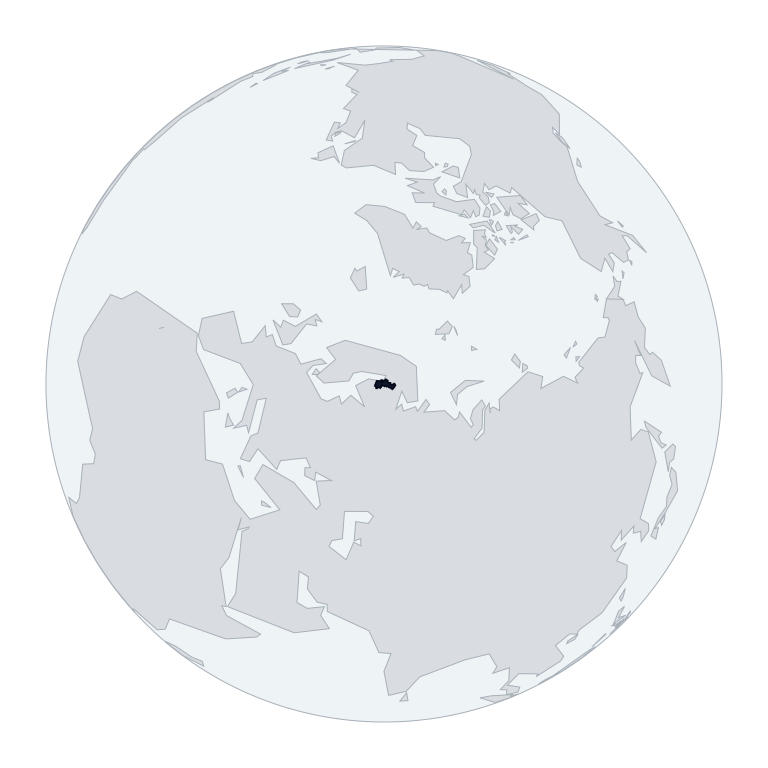 Northern Ostrobothnia highlighted on a globe, orthographic projection, rotated 56°
{"feature_id": "FIN-3180", "entity_name": "Northern Ostrobothnia", "entity_type": "Province", "adm_level": 1, "iso_a3": "FIN", "parent_name": "Finland", "parent_adm1": "", "projection": "orthographic", "projection_center": [26.371, 64.957], "detail": "medium", "context": "on_globe", "style": "filled", "palette": "ink", "viewbox_px": 768, "rotation_deg": 56, "n_neighbors": 0, "source": "natural_earth", "source_scale": "10m", "svg_char_len": 12835}
<svg xmlns="http://www.w3.org/2000/svg" viewBox="0 0 768 768"><g transform="rotate(56 384 384)"><circle cx="384" cy="384" r="338" fill="#eef3f6" stroke="#a8b0b8"/><path d="M75.5,246.2L83.2,230.6L137.8,152.8L147.4,143.1L153.9,138.3L203.8,106.0L167.5,125.9L180.8,115.7L197.5,105.6L195.4,108.0L216.2,99.3L232.5,91.4L258.2,87.7L275.0,98.8L265.4,100.7L270.5,103.5L282.9,101.5L289.8,99.6L324.3,110.2L365.3,111.0L378.2,104.3L375.5,111.7L399.8,94.8L422.1,92.9L396.9,99.5L394.4,103.7L409.5,104.3L410.1,108.9L417.8,111.9L417.2,117.4L402.6,121.4L401.9,125.2L412.6,125.5L418.8,131.5L403.2,130.5L412.3,141.1L389.6,150.7L348.2,145.2L335.4,156.9L292.5,168.3L296.3,172.6L282.5,180.3L281.7,188.3L274.0,188.6L280.1,194.7L287.3,193.0L292.4,195.2L292.6,199.9L282.8,200.9L281.2,198.7L278.5,201.5L273.5,200.1L276.1,203.4L264.1,204.4L276.2,210.4L266.8,217.1L258.8,215.9L259.5,206.9L242.6,183.2L234.7,180.0L222.9,184.1L201.0,210.7L192.4,211.3L180.8,218.7L185.6,222.3L196.3,217.9L202.4,226.9L214.8,220.9L219.1,223.9L232.0,221.8L230.1,232.1L221.4,243.4L210.6,245.9L206.4,251.1L216.8,257.2L196.8,270.4L183.8,294.4L178.6,297.0L168.3,286.3L168.1,264.6L154.7,252.4L163.4,270.7L150.3,277.6L148.2,283.3L148.9,289.1L153.9,290.7L149.4,295.5L139.2,278.7L143.1,274.2L146.3,279.3L146.1,269.4L139.1,259.0L133.0,263.7L128.8,244.3L124.4,247.6L121.1,245.5L128.4,241.4L115.2,248.6L109.4,229.9L91.2,243.2L109.0,221.5L115.3,209.4L121.3,196.2L118.3,198.0L130.4,179.3L134.5,167.2L125.8,170.2L113.6,183.1L101.1,202.7L102.0,204.5L95.6,218.3L90.2,219.0L77.2,246.4L72.8,252.8L67.6,265.3L63.6,277.2L58.8,293.4L58.8,297.7L57.3,310.9L53.6,319.0L55.7,321.0L52.9,333.8L52.1,366.6L51.2,365.8L50.1,403.5L54.7,438.6L55.8,451.9L54.7,451.9L57.6,463.9L57.7,466.5L74.9,513.8L88.1,542.5L90.7,550.7L87.0,545.3L76.5,524.1L67.5,502.3L60.0,480.0L54.1,457.1L49.8,433.9L47.1,410.5L46.1,386.9L46.7,363.3L49.0,339.8L52.9,316.5L58.4,293.6L60.4,287.2L63.0,278.8L63.6,276.7L75.5,246.2ZM86.8,245.6L72.4,281.8L75.8,265.1L76.0,267.3L80.6,257.2L87.7,240.9L92.0,227.3L86.8,245.6ZM91.0,252.9L93.1,247.2L91.7,252.3L91.0,252.9ZM292.8,98.1L283.1,101.1L271.7,101.4L279.6,98.3L292.8,98.1ZM314.6,99.2L310.2,101.6L304.9,97.5L309.0,97.4L314.6,99.2ZM387.3,98.8L379.3,99.2L386.9,97.3L387.3,98.8ZM418.9,111.4L421.0,109.9L424.1,112.2L418.9,111.4ZM232.2,216.3L232.0,219.0L229.7,218.0L232.2,216.3ZM237.8,213.0L235.2,209.9L237.5,207.9L239.1,209.8L237.8,213.0ZM426.1,122.8L430.4,127.1L423.5,123.4L426.1,122.8ZM240.6,217.3L241.9,204.8L246.0,201.3L255.5,206.0L240.6,217.3ZM431.3,130.1L442.0,140.9L447.5,138.4L437.9,152.0L432.0,138.0L422.5,133.7L429.5,133.5L431.3,130.1ZM289.5,190.4L281.8,192.5L288.0,186.5L289.5,190.4ZM292.2,186.1L304.0,165.5L315.5,165.1L309.2,171.9L323.9,168.2L323.7,178.1L315.6,182.4L308.2,180.6L313.8,185.8L292.2,186.1ZM430.9,158.1L431.3,161.4L428.0,158.7L430.9,158.1ZM294.9,195.6L296.3,191.4L306.3,190.6L305.4,199.1L302.5,196.6L294.9,195.6ZM327.8,162.6L335.1,163.7L337.0,172.0L340.1,173.6L324.7,178.4L327.8,162.6ZM300.3,199.1L304.7,203.5L300.2,208.1L294.3,199.8L300.3,199.1ZM309.3,187.0L314.0,187.1L311.1,189.7L309.3,187.0ZM286.6,227.6L288.0,222.2L293.4,221.3L286.6,227.6ZM306.7,204.8L308.2,203.2L310.5,202.3L312.4,206.1L306.7,204.8ZM327.0,184.0L326.3,187.3L333.4,182.5L335.1,188.7L324.5,190.8L329.8,192.5L330.3,194.5L321.1,194.1L327.0,184.0ZM321.1,207.4L308.2,212.6L304.5,222.7L299.6,223.7L306.5,207.4L321.1,207.4ZM321.9,199.6L320.3,204.6L315.1,203.1L312.9,198.8L321.9,199.6ZM340.1,192.3L340.2,182.1L342.5,182.0L340.1,192.3ZM321.0,210.5L324.1,209.2L321.4,211.4L321.0,210.5ZM335.4,198.1L335.1,194.5L337.8,194.5L335.4,198.1ZM330.6,209.8L326.4,211.4L324.8,208.4L330.6,209.8ZM333.6,204.6L337.3,205.5L326.8,206.4L333.1,203.0L333.6,204.6ZM337.9,198.7L339.4,197.5L337.6,200.2L337.9,198.7ZM339.0,220.2L326.1,222.0L322.6,215.4L335.6,214.5L339.0,220.2ZM319.7,715.7L301.7,708.7L311.1,705.9L308.1,700.1L282.0,678.6L287.7,669.3L280.7,662.5L266.1,659.4L257.9,650.4L249.1,647.1L193.9,625.2L177.1,606.2L157.0,560.6L166.9,554.0L168.8,537.3L237.5,510.4L252.0,521.5L306.1,530.1L312.8,534.3L306.4,549.0L347.0,574.2L360.1,562.7L396.9,573.1L421.3,570.7L430.1,540.7L390.0,544.1L383.1,529.4L415.2,513.9L450.2,510.3L448.7,504.5L426.6,494.5L434.6,481.6L418.9,489.9L425.3,495.5L415.6,501.0L409.2,496.3L412.3,491.8L401.7,489.9L389.7,512.6L394.8,520.7L367.2,524.7L373.1,538.8L365.6,544.9L352.7,523.5L354.0,515.7L330.0,489.6L326.2,498.0L348.6,523.5L341.5,521.0L336.5,533.4L334.8,522.1L311.4,492.7L286.5,491.7L254.6,514.3L240.1,510.8L227.9,498.1L239.6,468.0L270.8,479.4L275.4,469.6L269.2,449.9L279.2,455.3L280.5,448.9L292.3,452.1L309.1,440.5L321.1,441.8L327.8,422.2L334.9,420.3L328.9,432.4L331.2,441.7L361.0,444.5L366.8,440.6L368.8,427.8L376.8,430.5L374.8,417.8L392.1,412.9L369.5,408.4L371.2,393.9L381.6,383.1L378.1,377.7L361.1,395.5L357.9,403.4L361.8,411.4L349.7,433.2L339.4,435.6L336.6,410.3L321.7,411.2L326.1,391.7L369.4,354.5L387.4,347.3L416.9,365.4L412.6,375.1L399.9,373.3L411.5,388.2L410.6,380.6L417.3,383.1L420.5,370.5L425.4,371.6L420.3,357.8L426.6,357.8L429.7,366.6L440.0,348.7L453.2,345.5L453.1,341.0L449.4,337.0L468.6,336.0L467.7,332.7L461.1,331.7L455.1,324.6L451.9,311.9L458.8,312.2L460.8,316.9L475.4,327.4L479.8,340.1L482.3,339.0L480.1,328.1L462.3,315.2L458.5,307.5L467.6,312.2L464.0,309.9L464.2,306.2L470.8,303.0L461.1,297.2L454.4,257.8L466.6,248.2L475.4,256.5L478.0,230.9L491.5,223.0L485.3,222.0L482.4,209.6L478.1,211.8L475.0,210.5L465.5,180.9L468.6,174.6L457.5,161.7L454.4,161.2L451.5,165.1L437.9,152.0L447.5,138.4L454.2,139.9L455.7,130.7L470.7,135.8L483.8,136.1L499.3,147.6L508.3,147.2L507.8,143.6L519.7,140.8L545.9,147.9L526.8,157.5L488.0,152.0L504.0,155.3L501.0,159.3L507.1,163.6L518.4,165.8L519.3,163.1L540.5,192.7L568.8,210.4L565.3,196.5L571.5,191.7L600.7,201.9L638.9,247.0L647.6,242.8L653.7,246.6L658.5,258.8L649.7,253.6L647.1,260.8L641.4,256.2L646.1,274.7L638.2,269.0L645.7,286.7L652.0,286.3L650.8,271.7L660.8,290.0L670.2,283.7L680.5,291.4L695.5,331.0L697.1,359.6L699.2,363.9L695.0,369.9L696.7,388.1L710.2,387.3L712.4,392.5L711.7,421.5L710.4,418.4L699.5,434.3L702.7,450.1L711.2,440.9L714.3,445.2L710.1,456.2L706.3,453.2L702.4,458.5L699.7,446.4L689.3,438.7L684.7,455.6L681.5,448.4L666.5,447.8L657.9,471.4L646.8,518.1L651.2,537.5L644.7,554.3L622.2,544.7L611.4,529.0L603.7,538.4L580.2,534.4L540.9,558.2L534.9,554.4L527.6,561.4L511.0,562.1L501.7,554.5L491.8,559.1L516.5,578.3L527.1,573.1L535.3,557.9L540.3,565.9L556.3,566.1L540.0,597.6L481.0,638.2L474.7,624.1L426.8,584.1L428.0,577.7L427.7,577.1L427.1,575.9L423.3,586.5L414.9,576.9L441.1,609.5L445.7,623.0L480.2,639.3L477.1,642.5L488.0,644.0L522.3,626.2L522.6,631.0L506.8,657.8L458.8,693.2L464.9,702.4L461.0,709.4L430.5,717.4L432.7,718.4L425.7,719.3L399.2,721.6L372.6,721.7L346.0,719.8L319.7,715.7ZM214.0,534.6L212.2,539.6L214.0,534.6ZM487.9,520.4L508.5,513.7L498.2,497.5L505.3,493.7L499.2,489.7L497.3,496.4L482.3,484.4L490.8,475.0L487.7,466.7L480.7,468.6L467.5,488.0L489.0,505.0L484.7,514.8L487.9,520.4ZM52.2,367.5L51.7,373.1L51.4,367.8L52.2,367.5ZM73.8,265.6L71.9,272.2L70.1,276.7L71.1,272.0L73.8,265.6ZM64.2,321.0L63.2,329.3L63.1,321.9L64.2,321.0ZM70.7,287.5L64.8,314.6L64.9,301.3L69.0,284.4L67.5,294.3L70.7,287.5ZM86.9,253.5L85.1,258.0L84.0,258.0L86.9,253.5ZM90.0,256.7L90.3,255.2L92.2,252.3L90.0,256.7ZM150.9,278.5L151.6,280.0L151.2,286.3L149.1,284.0L150.9,278.5ZM163.5,311.5L156.0,318.5L159.8,311.7L155.4,309.5L158.1,292.9L176.2,297.5L167.5,298.2L163.5,311.5ZM166.6,272.6L162.9,282.3L166.2,271.6L166.6,272.6ZM276.1,411.8L280.1,418.0L275.4,424.5L260.2,424.0L266.8,414.3L276.1,411.8ZM286.7,425.3L288.2,401.0L297.7,400.7L292.1,404.9L298.3,407.2L290.9,414.6L298.5,438.6L295.0,446.0L268.8,440.2L279.3,437.8L274.8,431.8L286.7,425.3ZM275.2,343.3L276.0,333.8L295.7,345.3L292.7,352.9L277.3,352.6L271.8,343.4L275.2,343.3ZM257.0,228.3L256.1,224.7L258.8,224.3L261.8,227.0L257.0,228.3ZM286.9,225.1L264.1,244.0L261.9,240.7L251.3,256.2L241.2,253.7L248.4,243.6L232.7,253.6L235.1,243.6L225.2,251.4L242.2,229.3L243.8,221.0L245.9,231.1L255.1,233.5L259.6,232.1L273.4,222.0L281.4,205.8L291.8,206.0L297.1,210.5L296.7,214.4L290.1,212.9L294.4,219.2L284.5,220.2L286.9,225.1ZM352.6,268.4L345.0,264.1L352.1,278.8L342.2,279.1L343.7,280.8L336.5,285.1L330.3,293.5L325.9,292.2L325.4,296.1L320.6,299.2L318.5,304.1L309.7,303.6L306.4,309.7L304.1,306.0L300.7,316.7L299.3,308.5L293.0,312.1L297.7,318.1L255.6,305.2L239.0,306.8L226.0,312.8L225.3,298.6L237.2,284.1L254.8,272.1L270.9,272.8L267.7,266.5L274.4,265.1L274.1,270.7L278.6,261.3L284.1,261.7L299.8,252.2L302.9,238.9L308.7,235.3L310.3,240.8L315.0,233.4L321.8,241.4L326.2,239.1L337.2,244.8L337.7,257.0L342.5,253.5L351.1,258.0L352.6,268.4ZM341.9,222.2L344.7,236.2L340.7,243.4L323.1,230.4L318.2,231.4L306.8,223.8L312.9,213.7L315.6,216.7L319.6,217.4L316.1,220.3L321.9,218.5L325.9,222.7L331.4,222.5L330.8,227.1L341.9,222.2ZM320.6,529.6L325.8,531.2L334.0,531.7L331.0,539.7L320.6,529.6ZM304.2,509.9L309.0,509.8L308.7,521.0L303.3,519.5L304.2,509.9ZM311.8,500.5L309.3,509.0L307.4,503.5L311.8,500.5ZM333.3,431.7L338.4,430.9L338.9,434.0L336.0,438.1L333.3,431.7ZM371.6,313.7L367.9,309.7L369.4,307.9L367.3,296.2L374.5,295.3L378.6,302.0L371.6,313.7ZM423.2,546.8L416.0,553.2L412.4,550.9L415.6,549.1L423.2,546.8ZM371.2,548.9L383.0,552.7L370.3,551.0L371.2,548.9ZM379.0,310.8L377.3,306.0L382.0,308.6L379.0,310.8ZM379.6,294.1L385.1,296.0L375.1,293.8L379.6,294.1ZM476.3,709.1L475.0,709.2L484.7,703.4L503.0,696.0L512.2,689.8L517.2,691.2L496.3,702.7L476.3,709.1ZM713.9,457.4L710.1,470.0L697.9,479.9L702.4,469.6L713.9,450.2L713.3,454.3L716.0,446.1L715.1,451.4L713.9,457.4ZM719.5,424.0L719.1,422.5L719.4,414.7L720.4,407.1L719.4,362.7L720.0,355.6L721.3,370.9L721.5,368.1L721.7,396.1L719.5,424.0ZM652.6,537.9L659.9,541.2L655.8,548.2L652.6,537.9ZM715.6,340.4L718.3,358.9L714.8,339.4L715.6,340.4ZM711.5,325.8L713.1,328.2L711.8,330.2L711.5,325.8ZM702.3,368.7L701.5,377.6L699.9,375.5L699.9,362.9L702.3,368.7ZM688.3,298.2L694.4,304.9L696.5,308.8L693.1,308.6L688.3,298.2ZM437.6,299.4L432.6,316.4L433.7,328.7L441.7,335.5L428.2,333.6L426.5,314.5L437.6,299.4ZM451.6,262.8L444.5,257.4L448.9,255.2L451.2,256.1L451.6,262.8ZM446.4,262.8L435.3,264.9L432.2,258.9L441.6,258.4L446.4,262.8ZM407.2,287.6L405.2,292.6L401.5,290.4L407.2,287.6ZM716.2,322.3L716.1,326.3L717.7,336.7L712.9,312.3L714.0,312.5L716.2,322.3ZM713.6,318.6L715.2,328.3L712.5,315.9L713.6,318.6ZM714.7,328.5L713.1,325.7L712.7,320.0L714.7,328.5ZM713.1,314.6L709.9,306.9L711.2,307.5L713.1,314.6ZM708.9,320.2L710.9,312.9L711.2,327.7L703.5,316.6L702.8,308.9L708.9,320.2ZM656.4,232.9L652.3,231.6L649.6,224.3L653.2,227.2L656.4,232.9ZM636.7,200.3L647.5,221.9L655.4,240.1L656.5,236.7L664.6,245.4L659.2,247.7L648.3,231.3L643.5,218.5L636.0,212.6L628.3,201.3L619.4,198.2L613.8,192.4L620.4,191.4L636.7,200.3ZM615.7,197.4L597.4,189.3L595.3,178.0L598.9,177.3L608.1,185.7L608.7,191.1L615.7,197.4ZM592.4,184.1L592.7,189.4L566.6,191.1L560.5,188.8L579.3,180.9L580.7,185.5L587.4,187.3L592.4,184.1ZM434.8,160.8L431.6,161.4L433.3,158.8L434.8,160.8ZM472.7,212.0L468.7,209.7L470.8,206.6L472.7,212.0ZM458.7,201.8L459.1,206.8L455.8,201.3L458.7,201.8ZM460.5,218.4L457.9,208.8L464.5,218.3L460.5,218.4Z" fill="#d9dde1" stroke="#a8b0b8" stroke-width="1"/><path d="M391.5,375.1L391.8,376.0L392.4,377.0L392.6,377.8L392.9,378.6L393.1,379.6L392.8,379.5L392.1,379.8L392.5,380.2L392.2,380.6L391.0,380.5L390.9,380.8L390.7,380.9L389.6,381.4L389.4,381.8L389.5,381.9L388.1,382.3L387.9,382.7L387.8,383.2L387.5,383.1L386.3,383.3L386.3,383.6L386.6,384.1L386.5,384.8L385.9,384.8L385.6,385.0L385.3,385.2L385.3,385.5L385.1,385.8L384.7,385.8L384.7,386.0L384.5,386.3L384.2,386.4L383.8,386.8L384.2,387.3L384.3,387.6L384.5,387.8L384.8,387.8L384.8,388.0L385.0,388.1L385.1,389.2L385.3,389.4L384.8,389.6L383.8,390.5L383.7,390.8L383.8,392.1L383.5,392.3L383.4,392.9L382.8,393.0L382.3,392.5L381.7,392.4L381.0,392.0L380.8,392.1L380.6,392.7L380.5,392.8L379.4,391.6L378.9,390.5L378.5,390.2L378.4,390.0L378.2,389.7L378.1,389.3L377.2,388.5L377.2,388.3L377.5,388.2L377.6,387.9L377.8,388.1L377.8,387.7L378.0,387.2L378.5,386.9L378.5,386.7L378.9,386.4L379.1,385.6L379.4,385.3L379.4,385.1L379.5,385.0L379.4,384.8L379.7,384.9L379.7,384.7L379.9,384.5L380.8,384.2L381.2,384.7L381.1,384.8L381.5,384.7L381.5,384.3L381.2,384.1L381.1,383.9L381.6,384.0L381.7,383.9L381.5,383.2L381.1,383.0L381.3,382.6L381.3,382.4L381.3,382.2L381.5,381.7L381.3,381.5L381.5,381.3L381.5,381.0L381.4,380.6L381.0,380.4L380.9,380.2L381.6,379.4L382.5,379.3L383.4,378.9L383.5,379.0L383.5,379.4L383.6,379.5L385.1,379.6L385.8,379.3L386.5,378.1L386.8,378.3L387.0,378.1L387.4,378.8L388.4,378.9L389.0,378.8L389.2,378.5L388.8,378.0L388.8,377.8L389.5,377.8L389.7,377.6L389.4,377.3L389.3,377.1L389.6,376.9L389.7,376.7L389.7,376.3L389.4,376.3L389.2,375.9L389.2,375.6L389.4,375.3L389.5,375.0L390.6,375.2L391.5,375.1ZM380.3,383.4L380.7,383.5L380.1,383.4L379.9,383.7L380.0,383.8L379.9,384.0L379.8,383.7L379.7,383.9L379.5,383.5L379.7,383.2L380.2,383.1L380.3,383.2L380.3,383.4Z" fill="#0f172a" stroke="#020617" stroke-width="1.5"/></g></svg>